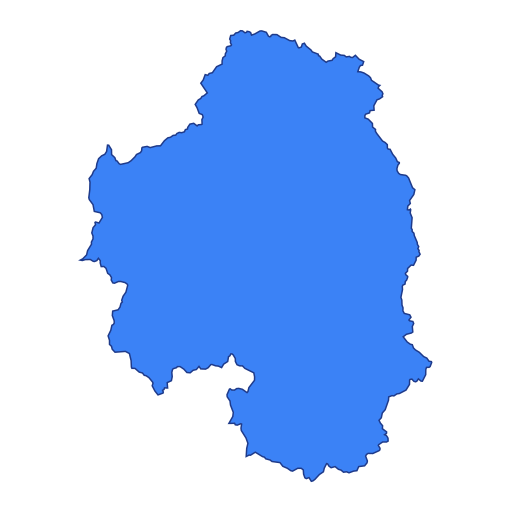 the district of Yauyos, Lima, Peru
{"feature_id": "86281439B83806750890504", "entity_name": "Yauyos", "entity_type": "district", "adm_level": 2, "iso_a3": "PER", "parent_name": "Peru", "parent_adm1": "Lima", "projection": "mercator", "projection_center": [-75.885, -12.522], "detail": "fine", "context": "isolated", "style": "filled", "palette": "blue", "viewbox_px": 512, "rotation_deg": 0, "n_neighbors": 0, "source": "geoboundaries", "source_scale": "gbopen_adm2", "svg_char_len": 6000}
<svg xmlns="http://www.w3.org/2000/svg" viewBox="0 0 512 512"><path d="M246.2,456.5L249.0,455.1L250.5,455.2L255.3,452.2L262.5,456.6L264.5,457.2L265.7,458.8L270.1,460.0L272.0,461.5L280.0,462.6L282.8,466.3L287.4,468.3L290.8,470.7L292.6,471.1L297.7,468.3L301.2,468.3L303.3,469.9L303.6,474.2L304.9,477.8L306.3,478.6L309.0,477.6L311.3,481.3L312.9,480.9L314.9,479.4L319.4,474.5L323.4,471.8L324.3,468.1L326.6,463.6L327.6,463.9L328.9,466.1L331.1,467.7L335.1,466.6L338.4,469.3L341.0,470.1L343.5,472.2L346.6,471.8L349.0,472.8L353.6,471.1L356.9,470.7L358.7,466.6L364.6,465.8L367.0,462.9L367.4,461.0L365.6,456.1L366.5,454.5L368.1,453.4L372.8,453.5L379.0,450.7L379.9,449.8L380.0,448.2L378.3,445.5L378.6,444.7L382.6,442.0L386.5,442.0L388.1,441.1L388.0,438.2L387.3,436.9L386.3,435.5L384.6,434.7L386.5,433.3L386.6,431.9L382.4,428.7L382.6,425.7L380.4,423.1L379.0,420.3L381.3,417.8L382.3,413.0L385.2,409.7L388.5,400.2L388.7,396.9L392.0,395.6L393.9,395.9L396.9,393.9L399.4,393.5L406.0,390.1L409.5,384.4L409.6,380.0L410.1,379.4L411.9,379.1L413.9,381.3L415.6,381.8L416.8,381.2L418.4,378.9L421.0,381.1L422.4,381.2L425.7,374.7L425.8,369.5L426.5,367.4L429.1,367.3L430.1,366.6L431.7,362.5L431.4,361.6L429.0,361.2L426.8,358.1L423.7,356.6L419.3,352.3L415.4,349.9L413.5,348.0L412.3,344.7L410.3,344.2L407.2,342.0L403.2,336.8L406.4,334.3L411.4,333.0L412.8,332.0L412.3,326.5L413.7,323.5L412.9,321.5L409.6,320.8L408.9,320.0L411.0,317.2L409.7,314.8L404.3,313.4L402.9,310.8L403.0,307.8L402.0,305.1L401.8,300.0L400.9,297.4L402.5,289.6L402.3,286.3L402.9,285.1L405.0,284.1L405.3,281.5L406.6,280.1L407.6,277.5L407.7,276.4L405.7,274.6L405.4,273.3L407.5,271.2L407.6,268.5L411.1,265.1L413.5,265.3L416.1,260.2L416.2,257.2L418.8,256.1L420.1,254.2L418.9,251.7L419.1,250.4L417.9,248.7L418.7,246.6L417.4,244.4L417.2,242.4L414.3,235.6L413.9,233.2L412.2,231.5L412.1,229.4L411.3,228.3L412.1,217.7L410.2,213.0L410.7,209.7L410.4,209.1L409.2,210.0L407.4,209.7L407.8,206.1L410.3,203.5L409.6,200.5L413.8,194.5L414.9,189.7L412.5,187.7L408.6,178.0L406.9,176.0L405.7,175.3L400.3,174.5L398.6,173.3L397.1,170.8L396.9,168.7L397.9,165.1L399.3,163.3L399.3,162.5L397.4,161.7L395.7,158.0L392.7,154.3L390.1,149.3L388.2,149.1L387.4,148.1L387.3,144.6L385.1,142.5L382.5,141.0L376.7,133.4L375.4,131.2L375.5,129.4L372.6,127.1L372.4,123.4L368.3,119.2L364.8,117.8L364.9,115.4L365.8,114.1L369.5,112.9L370.1,110.6L374.1,110.2L373.8,105.8L377.0,99.8L379.5,98.9L382.6,96.7L382.2,95.3L382.9,93.8L382.1,91.8L378.1,88.2L378.6,86.6L379.8,85.4L378.5,85.1L371.5,80.3L370.5,77.7L368.7,75.9L364.0,73.0L360.8,71.9L357.8,71.7L359.3,67.2L360.5,65.5L362.5,65.2L363.7,61.6L359.1,59.2L355.4,55.3L352.6,57.5L350.6,57.3L349.5,56.4L346.2,56.9L344.3,55.4L340.7,55.1L335.9,52.7L335.6,56.8L333.2,58.6L332.1,60.3L327.9,61.1L326.2,62.3L321.8,59.1L319.7,56.1L318.5,55.7L318.3,54.2L312.3,51.9L311.0,50.0L306.2,46.1L304.4,43.2L302.3,44.0L301.4,47.0L299.0,47.9L298.3,47.6L294.8,40.1L292.9,41.0L289.7,40.6L284.3,37.7L281.1,37.4L276.9,34.6L272.7,34.5L271.1,35.4L270.7,36.5L269.6,36.8L268.4,36.1L266.3,32.3L261.8,30.9L260.0,31.0L254.7,34.0L251.5,35.1L250.6,32.5L249.1,31.7L247.1,31.3L246.6,32.3L245.0,32.8L242.5,30.9L240.6,30.7L238.1,32.5L235.7,33.0L233.7,35.2L230.7,35.5L229.7,39.1L230.6,40.6L230.4,42.7L231.5,44.9L230.8,45.8L227.3,46.6L226.5,47.3L226.0,49.2L226.7,51.2L225.3,53.9L225.3,55.8L222.9,57.7L222.1,60.9L222.1,64.1L216.6,66.7L212.4,72.7L209.2,73.5L207.8,75.3L205.2,74.6L203.2,80.0L200.8,83.2L207.3,92.9L203.7,95.9L202.0,96.5L200.7,98.5L198.3,99.9L195.2,104.4L197.1,107.8L199.2,113.4L202.3,114.6L202.5,115.1L203.1,117.1L201.9,119.6L202.1,124.1L201.6,124.5L198.3,124.8L197.1,125.9L193.7,123.3L189.9,124.1L187.7,127.4L187.5,129.0L185.4,129.6L184.4,131.8L181.7,132.7L179.2,132.4L176.9,133.5L175.7,135.1L173.1,135.4L170.4,137.3L167.9,137.8L164.5,140.6L160.5,145.8L156.7,145.9L150.2,147.6L147.1,146.4L142.4,147.3L141.9,147.9L141.6,150.8L140.4,152.6L136.5,154.5L135.0,156.8L131.1,160.7L128.2,162.7L120.5,164.4L119.1,163.7L117.1,161.0L115.9,160.6L114.8,157.6L111.6,154.6L111.5,149.7L108.7,145.2L107.5,145.1L106.6,151.5L104.8,154.3L101.7,155.8L98.6,158.7L96.9,163.6L96.2,168.2L93.5,171.3L92.2,174.6L89.1,178.6L90.0,182.1L89.8,189.5L88.8,197.7L89.3,199.6L93.0,204.6L94.3,211.4L100.3,212.8L101.8,214.6L102.4,217.4L99.0,223.0L95.6,222.0L95.0,222.4L95.5,224.8L93.1,227.6L91.8,232.9L93.0,236.0L93.0,238.9L91.4,242.1L91.5,244.2L87.6,250.6L86.6,254.9L82.8,258.8L80.3,260.1L82.3,260.5L85.4,259.6L90.3,259.5L93.2,261.3L94.5,261.5L96.8,260.6L98.4,258.3L100.3,260.7L100.2,262.9L101.2,266.6L103.9,266.5L106.0,268.3L107.7,273.3L109.9,274.9L111.5,277.6L111.2,280.0L112.8,282.9L114.5,283.2L118.4,281.5L120.9,281.5L125.1,282.6L127.4,284.3L127.7,285.3L125.9,292.2L123.1,296.2L121.7,300.3L122.3,302.0L121.0,303.3L120.0,307.1L118.1,309.8L112.7,311.1L112.3,315.5L114.2,320.8L114.2,323.2L113.3,324.5L111.9,325.3L110.8,330.3L108.1,335.9L109.5,340.3L109.5,344.4L111.5,346.3L112.2,349.2L115.0,352.2L125.4,351.4L129.4,353.5L131.1,360.6L131.4,367.1L131.9,368.3L135.0,368.4L139.2,372.1L142.5,373.0L144.2,375.3L146.1,375.7L149.0,377.7L152.6,382.1L153.0,383.2L152.2,385.8L154.9,391.0L158.0,394.9L163.0,393.1L163.3,392.1L162.6,390.3L164.0,389.5L164.5,387.9L167.6,388.0L167.2,382.6L171.4,380.7L172.2,376.7L171.8,372.4L172.6,369.3L173.5,368.6L176.5,367.7L177.4,366.6L180.1,366.6L183.8,369.1L186.9,372.5L190.2,372.8L193.1,370.3L196.4,369.5L199.0,366.4L200.8,368.9L205.6,369.1L208.2,367.7L210.8,364.6L212.0,364.5L215.5,365.8L218.4,366.1L221.6,367.6L223.7,364.1L227.7,361.5L228.5,356.7L229.9,355.8L230.8,353.9L232.0,353.9L233.2,354.9L235.3,358.5L235.4,361.5L237.0,364.7L239.5,365.8L242.5,365.9L244.9,368.4L253.8,372.8L254.6,376.9L254.5,380.3L248.9,387.6L247.9,391.6L247.0,392.6L242.4,389.3L238.7,388.4L236.6,388.6L234.5,390.1L231.7,390.0L230.1,388.8L229.4,389.2L227.0,394.7L227.2,396.8L230.0,401.0L230.5,405.1L233.3,412.4L232.8,416.5L228.9,423.4L234.6,423.3L235.3,424.8L237.3,425.1L240.8,423.7L241.6,424.1L241.0,428.2L241.3,430.5L246.0,438.0L247.9,443.3L246.7,448.4L246.2,456.5Z" fill="#3b82f6" stroke="#1e3a8a" stroke-width="1.5"/></svg>